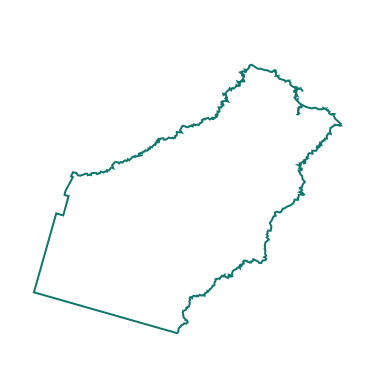 Burnie, Tasmania, Australia, rotated 16°
{"feature_id": "25037944B77423054355343", "entity_name": "Burnie", "entity_type": "district", "adm_level": 2, "iso_a3": "AUS", "parent_name": "Australia", "parent_adm1": "Tasmania", "projection": "robinson", "projection_center": [145.868, -41.196], "detail": "fine", "context": "isolated", "style": "outline", "palette": "teal", "viewbox_px": 384, "rotation_deg": 16, "n_neighbors": 0, "source": "geoboundaries", "source_scale": "gbopen_adm2", "svg_char_len": 5952}
<svg xmlns="http://www.w3.org/2000/svg" viewBox="0 0 384 384"><g transform="rotate(16 192 192)"><path d="M210.0,69.3L209.1,70.8L211.1,70.3L211.7,71.3L209.5,71.8L207.9,73.3L205.2,73.3L205.6,73.9L206.6,74.0L207.2,75.5L208.2,74.8L208.6,76.8L206.8,77.6L205.2,77.0L205.3,78.4L203.8,80.9L202.1,80.9L201.5,83.4L201.1,83.2L201.1,82.1L199.6,81.9L199.5,83.3L197.6,86.2L196.9,88.5L194.9,88.9L195.6,90.1L197.0,89.0L198.0,89.3L198.7,90.7L198.3,92.9L199.2,93.2L199.8,92.4L200.4,94.3L201.5,95.0L198.9,95.2L195.8,96.7L195.6,97.7L196.7,98.0L196.2,99.2L197.9,99.2L198.2,99.7L197.4,100.0L197.6,100.9L196.8,101.4L196.9,102.6L194.3,103.3L195.5,104.8L196.1,107.0L195.6,107.6L194.4,107.6L195.2,110.8L193.8,110.9L193.5,111.5L193.9,112.1L195.2,112.0L195.2,112.5L192.3,116.1L191.8,116.1L191.6,114.9L191.2,114.8L189.2,117.4L187.2,116.4L184.9,117.6L184.4,118.7L183.3,118.4L181.7,120.3L182.6,121.2L182.3,122.4L180.5,123.8L180.4,125.2L179.9,125.8L178.8,125.6L176.9,126.8L175.0,126.5L174.6,128.6L173.5,127.9L172.9,129.0L171.8,129.1L170.9,130.3L169.6,131.1L165.5,130.7L164.5,131.3L163.5,135.8L165.8,137.7L160.8,138.5L161.8,141.9L160.3,143.0L160.8,144.5L159.4,145.6L158.4,145.2L157.1,146.1L154.7,146.1L153.2,148.1L151.3,149.4L150.6,149.4L149.7,148.2L147.6,149.0L146.9,150.0L145.3,150.1L144.2,152.2L145.4,152.7L146.3,152.2L146.4,153.3L143.4,154.5L144.0,156.1L143.7,156.9L142.9,156.7L142.1,157.7L141.2,160.0L139.6,160.1L139.8,161.9L138.0,162.2L138.4,163.5L137.4,164.7L135.7,164.7L135.4,166.1L133.8,166.8L133.6,168.3L133.0,167.9L130.5,169.7L130.8,170.4L132.8,170.9L128.6,173.2L127.5,172.9L127.3,174.2L125.5,174.3L122.9,178.9L121.3,178.2L120.8,180.2L118.8,180.1L117.8,181.2L117.4,182.7L115.2,182.9L114.1,184.6L113.0,183.9L110.8,184.1L109.4,184.9L107.9,188.4L109.7,190.8L108.3,190.6L107.4,191.2L106.2,194.1L104.3,194.5L104.7,195.8L103.1,196.0L101.5,197.7L98.8,197.5L98.3,199.4L97.3,199.5L96.5,200.8L95.7,201.0L94.6,200.0L90.7,201.4L89.9,202.6L90.2,203.6L88.7,203.6L87.2,204.6L86.3,203.3L85.1,203.5L80.2,207.1L77.6,207.4L75.9,205.6L72.2,205.8L71.4,210.3L73.4,210.6L70.1,225.8L70.2,229.5L70.3,230.0L74.5,230.0L74.7,248.6L74.6,250.0L67.4,250.0L67.7,332.0L216.4,331.8L217.2,330.4L216.8,326.3L218.4,324.2L218.4,323.1L220.2,321.7L220.5,320.5L222.9,320.0L223.8,318.6L222.8,316.8L221.1,317.1L220.7,315.9L218.7,315.1L216.4,310.6L216.2,309.0L218.7,306.7L218.5,305.2L219.2,304.9L219.1,304.1L220.7,303.0L220.5,299.2L219.5,297.7L220.0,296.1L219.2,295.4L219.0,293.9L220.1,293.3L221.4,293.9L221.3,292.3L222.2,291.3L225.1,291.1L225.3,290.3L226.7,290.4L227.7,288.8L230.0,288.9L231.0,287.8L232.6,288.3L232.4,285.7L234.6,283.8L234.1,282.7L235.0,282.6L236.0,281.2L236.0,280.4L237.0,279.4L237.8,276.4L239.2,275.6L238.6,272.4L239.2,270.9L238.6,269.4L241.9,267.6L242.5,267.8L243.9,264.2L245.3,264.5L246.1,262.9L246.3,263.7L247.0,264.2L250.1,264.7L250.0,263.9L250.6,263.5L250.0,261.5L251.1,261.3L251.4,262.3L252.4,262.7L253.6,262.0L252.8,261.5L253.5,260.3L252.9,259.1L253.0,257.2L253.8,255.5L255.9,254.0L256.0,253.1L257.7,251.1L259.0,251.9L258.2,249.0L259.0,248.3L260.0,249.2L260.6,247.0L261.5,246.6L261.2,245.5L260.4,244.9L261.1,243.4L263.9,243.2L264.6,243.8L266.6,243.6L267.1,244.0L268.1,243.4L268.0,242.6L269.3,241.8L269.4,239.7L274.7,240.6L276.0,241.6L278.1,241.3L278.7,238.5L281.1,237.5L281.7,236.7L281.6,235.8L280.9,235.1L279.3,234.7L280.9,232.8L279.2,231.1L278.7,227.9L277.4,226.6L277.7,225.5L276.7,223.7L276.5,220.1L279.0,216.6L276.4,215.1L277.1,213.3L275.6,212.2L276.0,210.9L275.5,209.3L275.9,208.0L278.3,207.6L277.9,203.4L275.3,200.2L276.3,198.0L277.1,193.0L279.0,191.7L277.7,190.2L277.4,189.0L278.6,187.5L282.0,187.6L283.1,186.5L283.8,183.0L285.1,182.5L288.0,179.3L289.8,178.2L292.4,175.0L292.8,173.6L292.7,171.0L296.1,170.4L296.2,169.7L295.2,168.6L295.9,167.4L295.4,165.4L297.5,164.2L299.5,164.3L300.4,163.6L298.4,162.4L295.5,162.4L296.7,161.4L297.4,159.7L296.6,159.1L295.3,159.1L294.6,158.3L296.4,156.9L296.3,154.2L297.7,151.2L294.6,149.1L293.5,146.2L291.5,145.2L288.9,142.1L291.3,140.7L291.1,139.2L288.6,139.7L289.0,137.4L286.8,136.9L289.0,136.2L289.0,135.7L287.8,134.7L289.1,134.0L290.5,131.9L291.9,133.6L292.7,133.1L292.4,131.0L291.1,130.4L294.1,127.7L292.6,126.9L293.6,125.5L293.3,123.2L294.5,122.2L297.3,121.9L296.2,119.2L299.9,118.1L300.5,115.7L299.6,114.8L299.6,113.7L300.8,113.4L301.5,114.1L302.1,113.3L301.2,112.7L301.3,111.9L303.5,111.3L302.9,110.4L301.8,110.3L301.3,109.3L303.0,108.6L303.2,107.1L303.9,106.9L304.1,106.0L305.3,105.9L305.1,103.9L307.1,103.4L306.0,100.9L307.0,98.0L309.3,98.0L307.8,95.3L307.5,92.4L310.3,88.9L310.6,88.1L310.1,87.5L311.7,88.2L313.3,87.4L315.9,87.5L316.0,86.7L316.6,86.7L315.9,86.0L316.1,85.4L309.6,82.2L306.9,79.3L307.5,77.9L305.4,78.3L304.7,79.1L303.4,79.1L301.4,78.1L301.9,78.2L302.0,77.0L300.6,76.7L300.1,75.8L299.0,76.2L298.2,75.4L296.9,75.4L297.2,75.0L295.6,75.6L294.9,75.1L294.8,76.2L293.9,76.8L291.0,77.6L287.1,77.0L283.7,78.7L278.4,78.8L273.4,77.8L273.9,80.2L271.5,81.7L272.2,86.3L273.4,86.8L272.6,88.2L272.2,88.2L273.2,86.8L272.0,86.3L271.0,82.1L271.7,80.8L273.4,79.9L273.4,79.1L272.9,78.1L267.6,75.1L268.2,74.0L268.0,73.7L267.4,74.7L266.8,74.7L264.5,72.9L265.6,71.8L264.8,71.0L264.8,69.8L265.3,69.4L265.7,69.9L266.3,70.1L264.8,68.4L264.7,67.1L262.7,67.6L262.2,67.0L262.8,66.4L264.7,66.3L264.6,65.8L263.0,65.2L264.7,65.5L263.0,64.8L262.9,64.4L263.4,64.4L262.8,63.8L264.7,64.6L265.2,63.5L265.9,63.8L267.6,62.5L270.9,64.8L267.6,62.3L266.1,63.5L263.3,62.4L261.0,63.2L258.5,62.5L256.7,61.4L256.4,59.7L254.7,58.6L254.8,58.1L253.1,58.6L251.4,60.2L250.1,59.0L244.8,59.1L243.4,57.9L243.2,56.9L242.8,57.4L242.3,56.7L240.6,57.2L240.8,56.7L239.5,54.3L239.8,53.8L239.0,53.4L239.1,52.2L238.5,52.0L237.5,52.2L237.2,53.5L236.3,53.8L236.0,54.5L234.2,54.9L231.0,54.2L228.4,54.8L224.3,54.5L221.5,55.4L214.5,53.3L213.2,53.7L212.2,55.3L212.8,56.3L211.5,59.0L211.1,59.6L209.2,59.8L210.6,61.0L210.6,61.9L207.9,61.9L205.3,63.7L207.3,64.5L208.0,66.1L208.7,65.9L208.3,64.5L209.6,65.1L210.3,66.7L209.6,67.3L210.0,69.3Z" fill="none" stroke="#0f766e" stroke-width="2"/></g></svg>